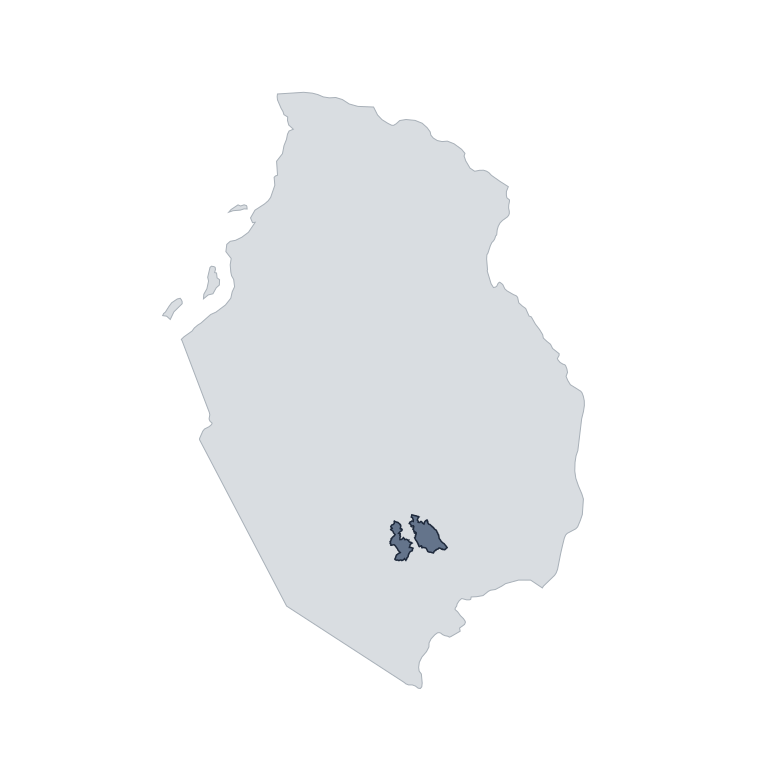 location of Kahama, Shinyanga, United Republic of Tanzania, rotated 213°
{"feature_id": "72390352B22692962057204", "entity_name": "Kahama", "entity_type": "district", "adm_level": 2, "iso_a3": "TZA", "parent_name": "United Republic of Tanzania", "parent_adm1": "Shinyanga", "projection": "albers", "projection_center": [32.403, -3.76], "detail": "fine", "context": "in_parent", "style": "filled", "palette": "slate", "viewbox_px": 768, "rotation_deg": 213, "n_neighbors": 0, "source": "geoboundaries", "source_scale": "gbopen_adm2", "svg_char_len": 9465}
<svg xmlns="http://www.w3.org/2000/svg" viewBox="0 0 768 768"><g transform="rotate(213 384 384)"><path d="M297.0,520.5L289.7,516.7L283.2,514.4L277.8,511.8L275.4,509.3L270.3,508.4L266.0,508.0L261.9,505.6L253.6,504.8L252.7,503.2L252.5,499.8L251.1,498.9L248.1,498.0L244.8,498.1L242.8,498.6L241.7,498.3L238.9,496.3L236.4,493.7L235.5,489.6L231.7,487.0L227.3,484.9L215.1,485.1L213.2,484.5L210.3,482.4L206.9,479.0L204.2,475.0L201.8,469.7L199.3,462.5L185.2,433.8L183.8,428.3L181.1,422.3L176.6,414.9L171.8,409.4L165.4,404.4L158.1,399.5L154.1,396.1L146.6,382.6L145.0,376.3L143.8,369.7L144.3,367.0L149.0,358.5L149.4,356.2L148.8,352.9L146.5,346.2L143.5,338.0L137.5,323.1L136.7,319.3L136.7,316.5L140.2,301.3L140.1,299.2L154.2,299.4L164.4,292.8L173.3,282.8L175.1,278.7L178.7,272.3L182.3,269.1L183.6,266.9L185.7,260.5L190.3,256.2L194.9,252.9L194.0,250.6L194.6,249.7L197.1,248.0L202.0,246.4L202.9,243.1L202.9,239.4L202.1,237.3L202.2,234.8L201.5,233.5L198.3,233.1L193.6,231.3L189.6,230.5L187.0,229.4L186.0,228.6L185.5,226.3L187.7,220.5L185.5,218.1L190.4,208.5L191.3,207.3L193.1,207.2L195.9,206.1L198.5,205.7L200.6,206.0L202.2,205.6L203.6,204.5L204.8,201.3L205.7,195.8L205.2,191.4L203.1,187.9L202.6,182.7L203.5,175.7L202.8,169.8L200.6,165.2L198.2,162.4L194.7,161.1L189.1,154.0L187.4,150.6L187.7,148.4L189.7,147.5L193.2,147.8L196.5,147.0L199.6,145.0L202.6,144.4L204.2,144.7L344.7,144.7L508.3,236.8L509.0,237.9L510.3,245.8L510.0,248.5L507.4,253.0L506.7,255.4L506.6,257.0L507.2,257.7L509.4,257.9L511.2,259.0L511.9,259.9L513.3,263.3L515.0,265.0L576.9,310.3L578.3,311.0L577.4,314.8L573.8,323.9L573.6,327.7L572.2,332.2L570.8,335.1L567.2,347.9L564.1,352.7L560.0,363.9L559.2,372.5L561.5,378.6L562.3,384.2L567.0,389.8L570.8,391.8L573.4,394.4L577.9,400.2L580.5,406.0L588.7,408.9L591.9,415.5L590.7,419.9L586.8,423.6L583.2,429.6L580.3,437.4L580.1,449.5L582.1,447.7L586.4,450.6L586.9,459.5L582.3,469.8L580.9,474.6L580.7,478.8L583.8,491.2L588.7,497.5L588.3,499.4L587.0,501.1L595.4,512.3L594.6,521.9L597.7,529.5L599.0,536.0L601.0,541.0L601.4,544.5L598.8,548.3L604.9,549.3L608.5,552.5L610.2,555.5L614.6,555.4L617.0,557.4L620.5,559.2L628.1,564.3L630.1,566.8L631.3,569.2L610.2,584.9L602.5,588.9L597.1,590.7L591.3,591.7L585.7,594.2L580.5,598.0L573.8,599.9L565.7,599.9L557.1,602.6L543.6,610.6L535.9,606.1L529.7,604.6L522.7,604.7L518.4,605.2L516.8,606.2L515.5,608.9L514.3,613.5L509.6,617.8L501.5,622.0L494.0,623.5L487.2,622.4L482.6,620.6L480.2,618.2L476.6,617.1L471.9,617.2L467.4,618.9L463.1,622.2L456.2,623.6L446.8,623.1L441.7,621.5L441.0,618.8L436.9,615.6L429.4,611.9L423.8,611.8L420.2,615.3L416.9,617.5L414.0,618.3L411.3,618.4L407.5,617.5L397.1,617.1L387.2,617.2L386.2,612.1L384.2,609.0L382.4,607.1L379.0,606.7L378.1,605.2L376.9,602.1L375.3,599.4L373.0,597.1L371.7,595.1L371.3,593.2L371.6,591.1L373.7,585.8L374.4,582.3L374.1,578.6L373.0,574.9L370.7,570.4L371.0,569.1L370.2,566.0L370.1,563.9L370.6,561.3L370.1,557.8L368.1,550.3L368.1,548.4L366.0,544.7L359.4,536.2L359.1,535.1L348.8,526.4L344.7,524.5L343.2,526.1L342.7,527.6L343.1,530.4L342.8,531.8L342.4,532.4L340.0,532.3L338.4,532.0L334.5,529.6L331.5,529.1L323.9,529.5L321.3,530.0L319.2,529.5L315.2,525.5L310.5,524.7L306.3,524.5L299.4,520.0L297.0,520.5ZM590.0,377.5L593.4,387.0L592.9,388.8L590.5,389.8L589.2,389.9L587.8,388.4L586.7,385.2L584.9,385.9L581.8,382.1L578.7,381.9L576.0,377.3L577.1,373.3L576.6,366.5L579.9,363.0L581.8,357.1L584.0,361.2L584.4,367.4L587.2,374.8L590.0,377.5ZM606.9,320.8L607.2,323.1L606.5,325.2L606.6,332.0L606.3,336.5L603.7,342.7L601.6,344.9L599.7,344.2L598.2,343.2L597.0,341.4L599.5,330.1L598.4,321.7L603.2,322.5L606.9,320.8ZM598.9,458.1L596.5,458.7L595.6,458.1L594.1,456.2L596.7,454.7L599.2,451.6L605.0,447.1L607.8,443.5L607.3,447.0L604.0,454.7L601.2,455.2L598.9,458.1Z" fill="#d9dde1" stroke="#a8b0b8" stroke-width="1"/><path d="M241.9,281.2L242.2,281.4L243.1,281.6L243.6,281.9L244.4,282.1L245.0,282.3L245.8,282.5L246.4,282.8L248.4,282.8L250.8,283.3L251.5,283.8L253.3,284.4L253.9,284.8L254.6,285.7L255.3,286.3L255.6,286.7L255.8,286.8L255.8,287.0L256.1,287.2L256.2,287.3L256.5,287.2L256.7,287.4L257.1,287.7L257.4,287.8L257.8,288.3L258.5,288.4L258.8,288.7L258.9,288.8L259.3,289.0L259.7,289.4L260.3,289.6L260.5,289.7L260.6,289.8L260.8,289.8L261.0,289.9L261.3,289.8L262.3,289.8L262.6,289.8L262.9,290.0L263.2,290.0L263.5,290.1L264.0,290.2L264.3,290.3L264.3,290.5L264.7,290.5L264.9,290.6L265.0,290.5L265.3,290.6L266.0,290.5L266.2,290.8L266.6,290.8L266.9,290.7L267.3,290.9L268.1,291.0L268.8,291.2L269.4,291.0L269.5,291.0L269.8,290.8L270.6,290.9L270.8,291.1L271.6,291.4L272.0,291.7L272.0,292.0L272.4,292.5L272.5,292.5L272.8,292.6L273.0,292.6L273.1,292.8L273.2,292.7L273.4,292.9L273.6,293.0L273.7,293.3L273.9,293.4L274.0,293.2L274.6,292.1L274.8,291.1L274.8,290.1L274.4,289.0L274.2,288.3L274.9,288.3L275.2,288.4L275.3,288.3L275.7,288.4L276.0,288.3L276.8,288.8L277.8,289.0L278.2,288.8L278.5,288.5L278.5,287.4L278.7,287.2L279.0,287.0L280.0,286.6L280.1,286.9L280.5,287.5L281.2,287.8L281.9,287.9L282.2,288.6L282.3,289.7L282.5,290.1L282.4,291.2L282.3,291.5L282.9,291.4L283.1,291.5L283.2,291.3L283.4,291.3L283.6,291.3L284.2,291.1L284.8,291.1L285.2,290.9L285.7,290.8L286.0,290.5L286.7,290.3L287.2,290.2L287.5,290.0L288.2,289.9L288.4,289.8L288.6,289.8L289.0,289.5L289.4,289.4L289.3,289.1L288.9,288.2L288.8,287.7L288.6,287.2L287.2,287.4L286.2,286.4L285.6,286.3L284.6,284.7L285.5,284.5L286.0,284.3L286.1,284.2L286.3,283.2L286.9,282.7L287.0,282.0L286.8,280.7L285.7,280.9L285.2,280.8L284.2,280.2L284.0,279.5L283.9,279.4L283.6,279.3L283.1,279.4L283.1,280.4L282.4,280.8L282.1,281.1L281.8,280.9L281.4,280.7L281.2,280.5L281.2,280.4L281.2,280.0L281.3,279.5L281.3,279.2L280.7,279.2L280.5,277.8L279.8,277.8L279.3,277.5L278.7,277.0L278.5,276.4L277.7,276.5L277.5,276.9L276.1,276.9L275.7,276.3L276.0,276.0L276.0,275.8L276.3,275.6L275.3,275.5L275.1,275.0L275.0,273.5L274.5,273.2L274.3,273.0L274.6,271.7L273.9,271.4L272.6,270.5L271.3,270.1L271.0,269.9L270.7,269.8L270.4,269.6L269.8,269.4L269.4,269.0L269.1,268.9L268.7,268.8L268.5,268.5L268.4,268.4L268.1,268.2L267.8,268.0L267.6,268.1L267.5,267.9L267.2,267.6L266.8,267.3L266.6,267.1L266.2,267.0L266.1,266.9L265.8,266.8L265.5,267.3L265.1,267.7L265.0,268.0L264.9,268.4L264.5,268.7L264.1,268.6L263.8,268.4L263.3,267.5L263.1,267.3L262.6,267.6L262.2,268.1L261.6,268.6L261.3,268.6L260.9,268.7L260.5,269.1L259.6,269.2L259.0,269.1L258.1,268.6L257.9,268.5L257.4,268.2L256.9,268.0L256.8,267.8L256.1,267.4L255.6,267.4L254.6,267.6L253.0,268.5L252.2,268.6L250.5,269.2L250.5,269.6L250.6,270.2L250.8,270.6L250.7,271.2L250.7,271.4L250.6,271.5L250.3,272.1L250.3,272.4L249.9,272.7L250.1,273.4L249.8,273.7L249.6,274.2L249.0,274.8L248.9,275.2L248.7,275.3L248.8,275.7L248.5,276.5L247.1,276.9L246.9,277.0L246.6,276.9L246.0,276.9L245.8,276.8L245.4,277.0L245.3,277.3L245.1,277.4L244.7,277.3L244.7,277.5L244.1,277.5L243.9,277.6L243.6,277.7L243.2,277.8L243.1,278.1L242.8,278.2L242.8,278.4L242.6,278.6L242.5,278.8L242.6,279.1L242.3,279.7L242.4,280.2L242.0,280.8L241.9,281.2ZM269.7,248.0L269.8,248.5L269.6,248.9L269.6,249.1L269.7,249.7L270.1,250.6L270.0,251.0L269.8,251.2L269.8,252.4L270.0,253.0L270.5,253.7L270.4,254.2L270.4,254.5L270.7,254.9L270.8,255.1L270.7,255.9L270.8,257.3L270.4,258.2L269.9,259.0L269.5,259.4L269.6,260.0L270.0,260.4L270.0,260.5L270.2,262.1L271.6,261.8L272.3,261.6L273.7,260.7L273.9,261.2L274.0,261.9L274.2,262.6L274.4,263.0L274.6,263.3L274.4,264.5L273.8,265.9L275.4,265.9L275.7,265.6L276.1,265.5L276.6,265.3L277.0,265.4L277.9,265.8L278.2,266.6L278.9,265.9L279.7,266.1L280.6,266.0L280.9,265.7L281.2,265.3L281.9,264.8L282.1,265.2L282.6,265.4L283.1,265.5L283.3,265.5L284.1,265.7L284.2,264.9L284.2,264.6L284.3,264.4L284.5,263.5L284.8,263.0L285.1,262.8L285.9,262.2L286.5,263.1L287.0,263.7L287.1,264.9L287.2,265.2L287.5,265.5L288.0,265.4L288.3,265.6L288.6,267.1L288.8,267.3L289.2,267.2L289.4,267.2L289.6,266.9L290.1,266.9L290.4,266.7L290.5,266.7L290.1,268.2L290.1,269.0L289.6,269.8L289.3,270.5L289.5,270.5L289.6,271.9L290.2,272.1L290.4,272.1L290.7,271.9L290.8,271.6L291.6,271.5L291.8,272.1L292.2,273.1L292.5,274.0L293.0,274.5L294.0,274.7L294.1,274.8L294.0,275.1L295.8,275.3L296.5,275.5L297.2,275.5L297.3,275.2L297.7,275.0L298.5,275.0L299.8,274.7L300.7,274.7L300.7,274.4L300.4,274.0L300.1,273.7L299.4,272.6L299.7,271.8L299.7,271.4L299.9,270.9L300.7,270.0L300.7,268.1L300.3,267.8L298.8,267.6L298.4,267.4L298.5,267.1L298.9,266.4L299.3,265.9L299.3,265.7L299.0,265.5L298.7,265.5L296.3,265.4L295.8,265.1L295.1,264.4L293.9,264.1L292.7,263.8L292.7,263.1L292.7,262.6L292.9,262.1L292.8,261.9L292.8,261.6L293.0,261.4L293.1,261.1L293.2,260.6L293.4,260.4L293.4,259.9L293.5,259.6L293.5,259.0L293.7,258.3L293.7,258.1L293.4,258.1L293.5,257.9L293.3,257.7L293.3,257.3L293.0,256.8L293.0,256.4L292.9,256.0L293.0,255.6L292.9,255.6L293.0,255.1L292.8,254.8L292.5,254.8L292.1,254.4L292.0,254.1L291.9,253.5L291.4,253.5L291.0,253.5L290.7,253.1L290.5,252.5L290.4,252.5L289.9,252.8L289.1,253.7L288.3,254.5L287.9,254.7L287.3,254.7L287.0,254.5L286.2,254.4L284.4,253.6L283.7,253.4L282.7,253.0L282.0,252.4L281.3,252.1L280.4,251.9L279.1,251.6L278.5,251.6L278.5,251.4L279.1,250.5L279.5,249.9L279.8,249.1L279.9,248.5L280.4,247.5L280.3,247.3L280.2,247.2L280.3,246.6L279.9,245.2L279.6,244.2L279.7,243.8L279.6,243.4L279.3,242.9L279.1,243.0L278.8,242.8L278.4,242.8L277.6,243.0L277.4,243.3L276.5,243.9L276.1,243.8L275.6,243.9L275.2,244.1L274.7,245.0L274.4,245.2L274.1,245.5L273.9,245.7L272.9,245.6L272.5,246.2L272.4,246.4L272.2,246.5L272.0,247.4L271.6,248.4L271.6,248.7L270.1,248.1L269.7,248.0Z" fill="#64748b" stroke="#1e293b" stroke-width="1.5"/></g></svg>